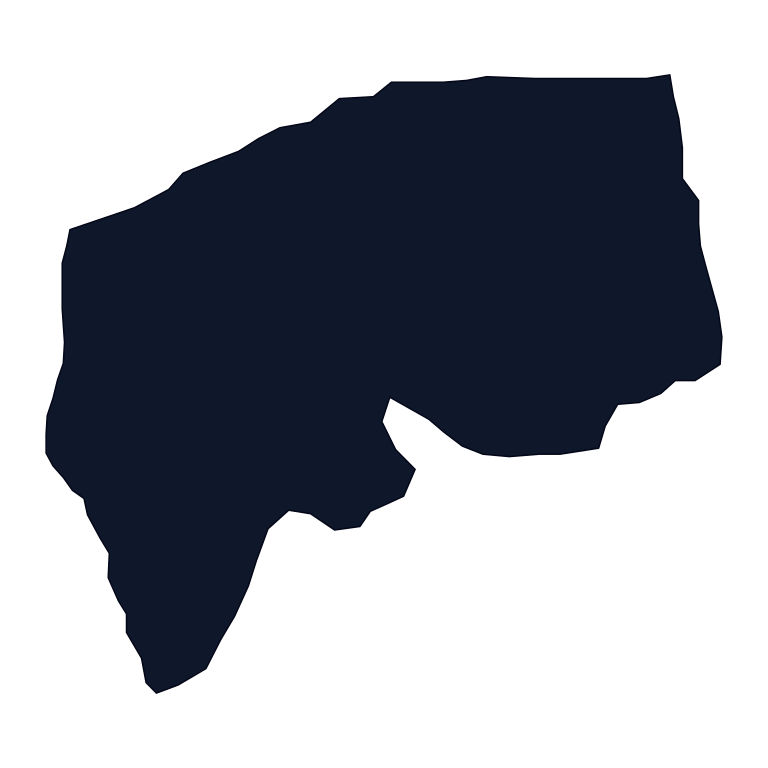 outline of Mandres, Cyprus
{"feature_id": "46923920B48793600754585", "entity_name": "Mandres", "entity_type": "district", "adm_level": 2, "iso_a3": "CYP", "parent_name": "Cyprus", "parent_adm1": "", "projection": "natural_earth1", "projection_center": [33.81, 35.343], "detail": "fine", "context": "isolated", "style": "filled", "palette": "ink", "viewbox_px": 768, "rotation_deg": 0, "n_neighbors": 0, "source": "geoboundaries", "source_scale": "gbopen_adm2", "svg_char_len": 1227}
<svg xmlns="http://www.w3.org/2000/svg" viewBox="0 0 768 768"><path d="M70.0,229.6L66.8,245.7L62.2,263.2L62.2,279.5L62.2,294.7L62.2,308.6L63.3,324.9L64.5,342.4L63.3,363.4L57.6,379.7L53.0,398.3L47.2,415.8L46.1,434.4L46.1,453.1L53.0,465.9L63.3,477.5L72.5,490.4L84.0,498.5L87.5,514.8L100.1,538.1L109.3,553.3L108.2,577.7L118.5,601.0L126.5,613.9L126.5,632.5L141.5,658.1L146.1,682.6L156.4,693.1L178.3,684.9L205.9,668.6L220.8,639.5L234.6,616.2L248.4,585.9L256.5,560.3L268.0,528.8L288.7,510.2L310.5,513.7L334.6,530.0L359.9,526.5L370.3,511.3L391.0,502.0L403.6,496.2L415.1,469.4L395.6,449.6L381.8,421.6L389.8,397.2L408.2,407.6L428.9,419.3L443.9,432.1L462.3,446.1L482.9,454.2L509.4,456.6L539.3,454.2L560.0,454.2L598.6,448.2L599.2,446.3L605.2,426.1L617.7,404.3L639.3,402.5L660.9,393.4L675.2,380.6L695.0,380.6L720.1,364.3L721.9,337.0L718.3,311.5L705.7,266.0L700.4,246.0L698.6,224.1L698.6,200.5L682.4,178.6L682.4,147.7L678.8,118.6L673.4,96.7L669.8,74.9L646.5,78.5L615.9,78.5L572.8,78.5L535.1,78.5L486.6,76.7L466.8,80.4L443.5,82.2L420.1,82.2L391.4,82.2L373.4,96.7L339.3,98.6L310.6,122.2L280.0,127.7L258.5,138.6L238.7,151.3L210.0,162.2L183.0,173.2L168.7,189.5L134.5,207.7L70.0,229.6Z" fill="#0f172a" stroke="#020617" stroke-width="1.5"/></svg>